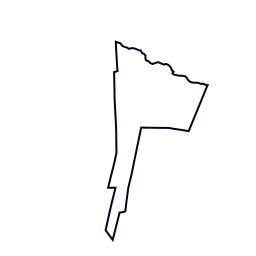 Embakasi South, Nairobi, Kenya, rotated 47°
{"feature_id": "3690345B30654338580609", "entity_name": "Embakasi South", "entity_type": "district", "adm_level": 2, "iso_a3": "KEN", "parent_name": "Kenya", "parent_adm1": "Nairobi", "projection": "equal_earth", "projection_center": [36.875, -1.338], "detail": "fine", "context": "isolated", "style": "outline", "palette": "ink", "viewbox_px": 256, "rotation_deg": 47, "n_neighbors": 0, "source": "geoboundaries", "source_scale": "gbopen_adm2", "svg_char_len": 1111}
<svg xmlns="http://www.w3.org/2000/svg" viewBox="0 0 256 256"><g transform="rotate(47 128 128)"><path d="M150.9,40.5L149.1,42.1L147.0,42.6L145.3,44.8L143.2,45.6L141.0,47.7L138.4,50.1L137.0,50.9L134.9,51.3L132.6,51.1L131.1,50.8L128.9,51.0L126.7,52.8L124.5,55.0L122.0,56.9L119.9,58.1L118.4,58.3L117.9,56.3L115.6,56.6L113.3,55.5L111.4,55.3L109.5,55.4L107.3,56.3L106.0,58.5L103.1,59.9L100.9,60.7L99.6,62.4L98.0,66.3L96.0,67.3L92.8,67.6L90.7,68.7L88.8,67.7L87.2,65.9L85.0,65.7L82.9,66.6L80.0,65.8L78.2,67.3L76.6,67.8L74.4,68.9L72.2,70.6L70.8,73.3L68.5,73.9L66.5,75.2L64.1,76.1L62.3,75.9L60.8,75.8L58.8,77.0L56.6,78.1L60.2,81.2L74.5,93.1L76.6,94.8L79.2,96.8L77.7,100.1L98.0,118.3L120.5,137.2L136.1,151.4L138.5,153.5L140.2,156.2L141.3,157.8L142.9,159.9L152.7,175.0L158.1,183.3L163.1,177.9L165.0,180.7L173.3,193.4L177.3,199.3L187.5,214.1L199.4,215.5L184.1,191.8L185.7,189.8L187.1,186.8L181.7,180.4L176.3,173.9L172.1,168.8L168.9,164.0L164.6,157.4L161.6,153.2L143.9,128.3L136.7,118.1L150.2,104.0L155.3,98.6L169.1,87.7L171.7,85.7L170.5,83.2L163.8,68.6L150.9,40.5Z" fill="none" stroke="#020617" stroke-width="2"/></g></svg>